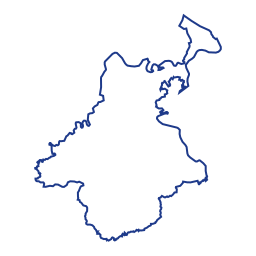 the district of Huong Tra, Thừa Thiên - Huế, Vietnam
{"feature_id": "81297802B61752422174773", "entity_name": "Huong Tra", "entity_type": "district", "adm_level": 2, "iso_a3": "VNM", "parent_name": "Vietnam", "parent_adm1": "Thừa Thiên - Huế", "projection": "albers", "projection_center": [107.492, 16.429], "detail": "fine", "context": "isolated", "style": "outline", "palette": "blue", "viewbox_px": 256, "rotation_deg": 0, "n_neighbors": 0, "source": "geoboundaries", "source_scale": "gbopen_adm2", "svg_char_len": 5792}
<svg xmlns="http://www.w3.org/2000/svg" viewBox="0 0 256 256"><path d="M138.7,231.0L139.6,230.3L141.1,230.5L144.2,230.1L144.5,228.7L146.9,227.7L148.8,226.2L150.6,225.5L151.1,224.6L151.0,223.9L152.6,223.9L155.3,223.0L155.5,222.1L156.2,221.8L157.2,220.0L161.1,216.8L160.2,214.8L160.8,213.0L160.6,212.0L160.1,211.2L160.4,210.0L161.1,209.1L161.4,207.5L160.4,206.7L160.9,204.5L160.5,203.3L160.6,202.3L159.6,199.9L158.7,198.7L158.9,198.0L160.5,197.6L161.9,195.9L164.4,197.3L165.2,197.4L167.1,196.4L167.9,197.0L168.6,196.8L170.1,195.7L171.2,196.1L173.0,194.5L174.5,192.5L176.6,192.3L176.8,189.2L175.8,187.7L176.0,186.9L180.3,185.8L182.9,182.8L183.1,181.6L187.1,182.3L190.5,182.4L197.6,180.8L198.8,184.2L199.2,184.2L199.8,182.6L200.5,183.0L201.2,181.7L202.4,181.1L202.7,180.5L203.4,180.8L204.0,179.9L204.6,180.2L205.0,179.4L205.9,179.8L206.0,180.7L207.0,179.8L206.6,179.3L206.7,178.5L205.6,178.7L205.7,177.6L206.6,177.2L207.1,176.3L206.5,175.2L205.7,171.0L205.7,166.0L203.3,163.2L199.8,160.4L199.2,160.3L196.9,161.5L195.6,161.4L190.1,157.4L188.1,155.4L187.4,153.5L186.6,147.0L185.4,145.0L182.5,141.8L180.3,137.3L179.6,134.0L179.8,129.9L178.1,128.2L176.9,127.6L162.7,124.1L159.0,121.4L157.0,118.7L157.1,117.2L158.2,116.1L164.3,113.7L166.1,113.4L167.5,113.7L167.9,112.9L167.2,112.1L166.3,112.0L163.7,113.1L160.8,113.3L160.1,112.1L160.6,111.6L161.5,111.9L161.7,111.1L162.4,111.3L163.4,110.1L162.0,108.4L158.9,108.5L157.1,107.5L156.8,106.5L156.1,106.5L156.5,104.9L155.7,102.3L156.6,100.5L159.4,100.0L159.6,98.8L160.5,98.6L161.6,97.2L164.9,96.6L164.8,94.4L166.4,94.0L167.3,93.3L166.9,91.8L167.3,90.4L164.8,88.7L162.9,89.2L160.9,89.1L160.5,90.0L160.4,89.7L160.2,89.0L160.9,87.9L161.5,87.8L161.0,87.4L162.1,84.9L161.9,83.6L162.2,82.8L163.3,82.8L164.3,81.7L164.4,81.1L164.7,81.0L168.4,86.5L170.0,85.6L169.6,84.5L170.0,84.2L168.7,81.6L170.0,80.4L170.0,79.7L171.3,78.0L172.7,79.2L173.6,77.1L174.0,77.6L177.7,76.9L179.9,77.4L179.2,79.7L180.2,79.7L180.9,80.8L182.1,80.7L182.0,79.9L182.3,79.8L182.9,80.5L183.9,80.9L183.9,82.4L183.0,83.1L183.2,85.1L182.0,85.2L182.2,87.0L185.0,86.6L185.3,86.9L179.8,91.1L179.4,92.6L188.3,85.9L187.4,81.5L187.6,78.6L189.0,74.8L189.0,73.6L186.3,67.9L185.8,65.0L188.8,60.8L192.2,58.6L194.0,57.0L196.7,51.9L197.7,50.9L199.3,50.1L201.9,49.9L205.4,50.6L208.8,52.3L215.9,52.6L218.4,51.8L220.0,50.4L220.8,49.1L220.8,46.9L216.8,38.6L215.7,39.1L213.0,36.9L212.8,36.0L211.4,34.2L211.0,32.2L209.1,30.3L200.0,26.2L191.7,21.0L183.7,15.4L182.4,20.2L179.3,25.8L184.0,29.0L186.3,28.5L187.4,33.4L190.6,39.2L191.1,42.1L190.3,42.8L188.9,43.1L189.6,45.6L189.5,46.9L186.8,52.0L187.0,53.4L184.1,58.1L184.2,59.4L183.0,60.5L183.1,61.2L184.5,62.2L184.4,63.3L181.3,64.0L178.1,62.7L177.5,63.0L176.0,65.6L175.2,65.9L173.9,65.5L172.1,62.2L170.7,61.2L168.9,60.8L165.0,61.1L159.2,65.4L159.3,66.6L159.7,67.2L160.7,67.6L162.9,67.4L163.5,68.0L160.1,69.9L158.5,70.0L158.8,68.2L157.7,65.8L155.4,64.4L153.8,64.3L152.8,65.1L152.3,66.2L151.3,69.6L151.6,70.1L153.0,70.4L153.2,71.1L152.1,72.0L150.4,72.2L147.9,71.3L147.3,70.8L146.6,69.4L146.4,68.2L146.7,66.4L148.2,63.3L149.4,62.0L148.0,60.7L147.9,59.3L147.5,58.7L142.9,60.1L141.0,63.3L138.9,65.8L134.6,66.5L131.1,66.2L127.5,65.6L126.1,64.5L125.0,63.2L122.1,58.1L116.9,52.9L114.9,52.7L112.5,53.9L105.1,61.4L104.7,62.3L104.7,64.5L106.0,69.3L105.7,70.2L104.4,71.7L102.1,75.9L101.3,76.8L101.0,78.1L101.1,87.2L99.9,94.7L103.1,95.8L103.7,100.4L100.3,102.0L98.7,102.1L98.3,102.5L97.4,104.9L94.7,106.4L92.9,108.4L93.9,112.0L92.4,113.1L90.0,113.4L88.3,114.3L87.8,119.8L89.9,124.6L88.8,125.9L87.7,125.5L86.9,124.5L86.2,121.4L85.1,120.7L83.9,120.7L82.9,121.7L82.3,123.9L82.9,124.9L83.0,126.3L82.5,127.5L81.7,127.7L80.9,126.9L80.8,124.9L81.0,123.4L78.7,122.1L76.3,122.3L75.9,122.5L75.7,123.8L76.5,127.6L76.0,128.6L74.8,128.8L73.7,130.4L74.3,132.7L72.2,134.2L71.4,134.0L71.3,133.3L69.7,132.9L67.5,135.6L66.3,136.3L64.3,140.8L61.2,141.2L59.6,141.1L59.1,141.9L58.8,144.4L58.4,144.9L57.7,145.3L56.3,144.9L55.0,146.0L53.4,145.6L51.3,144.1L50.5,143.0L49.9,143.0L49.4,143.7L49.4,144.7L51.1,145.2L51.6,146.3L51.7,150.7L52.4,153.8L53.3,154.0L54.0,153.5L54.6,153.5L55.3,154.3L55.3,155.0L53.9,155.9L50.8,156.7L50.4,157.4L49.2,157.8L47.6,159.1L46.0,158.9L44.9,159.9L43.2,159.5L42.7,160.4L43.0,161.0L42.6,161.9L41.7,161.6L41.2,160.1L39.9,160.0L39.1,160.8L39.3,161.5L37.8,161.7L37.3,162.3L37.8,162.9L38.8,163.2L38.2,165.2L38.4,166.2L37.0,166.5L36.9,167.6L35.2,168.0L35.3,168.7L36.5,169.1L38.5,171.3L38.8,173.2L40.1,173.2L40.4,173.6L39.9,174.8L40.4,176.1L40.1,176.8L38.1,177.7L37.7,178.5L35.5,178.6L35.6,179.8L36.3,180.9L36.9,181.2L38.9,181.3L40.5,182.4L43.3,182.4L43.7,182.7L44.2,183.8L43.6,186.7L45.7,186.8L49.9,185.8L53.0,186.2L55.2,184.4L58.1,184.6L62.2,186.8L64.0,186.9L66.8,185.0L67.9,182.3L70.2,181.3L74.3,181.5L77.1,182.4L79.2,181.7L83.1,183.6L83.4,185.4L81.0,186.3L80.4,187.1L78.9,190.9L77.9,192.5L78.0,197.1L78.3,198.0L77.7,199.7L79.5,200.1L80.0,202.0L81.3,202.7L83.3,205.4L86.2,206.2L86.8,206.9L87.2,207.9L87.1,211.1L85.6,213.6L85.6,215.0L85.0,216.1L85.5,217.7L85.5,219.1L86.7,220.6L86.8,221.6L86.1,222.9L86.3,223.9L87.4,224.6L90.2,224.6L92.4,225.3L93.0,225.9L94.1,227.0L94.5,228.4L96.0,229.9L96.6,231.4L97.8,231.4L97.0,232.5L97.1,232.9L97.8,233.1L97.4,233.8L98.1,233.9L99.0,233.4L100.5,234.9L100.3,236.1L100.9,237.8L103.9,239.1L105.1,238.9L105.6,239.2L106.5,238.9L106.9,240.0L107.2,239.6L108.6,240.6L111.2,239.1L111.9,237.7L112.6,237.4L113.9,238.2L114.0,239.9L114.7,240.4L115.6,240.1L115.9,239.2L116.6,239.3L117.2,238.4L118.0,238.3L118.7,237.3L120.4,236.1L122.0,236.4L121.9,235.1L122.6,233.9L124.2,235.3L125.0,235.1L125.2,234.6L124.4,233.4L124.6,232.6L125.4,233.4L126.0,234.8L126.7,235.0L127.9,232.6L128.5,232.3L129.6,232.4L130.9,231.6L132.1,231.8L133.4,231.3L134.1,232.0L135.9,230.9L136.5,229.9L137.4,230.3L138.4,229.8L138.7,231.0Z" fill="none" stroke="#1e3a8a" stroke-width="2"/></svg>